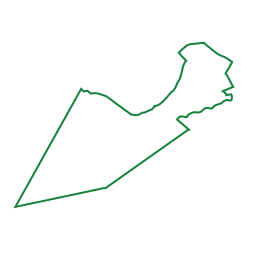 New Development, Soufrière, Saint Lucia, rotated 190°
{"feature_id": "8701671B90589302469982", "entity_name": "New Development", "entity_type": "district", "adm_level": 2, "iso_a3": "LCA", "parent_name": "Saint Lucia", "parent_adm1": "Soufrière", "projection": "natural_earth1", "projection_center": [-61.052, 13.862], "detail": "fine", "context": "isolated", "style": "outline", "palette": "green", "viewbox_px": 256, "rotation_deg": 190, "n_neighbors": 0, "source": "geoboundaries", "source_scale": "gbopen_adm2", "svg_char_len": 1572}
<svg xmlns="http://www.w3.org/2000/svg" viewBox="0 0 256 256"><g transform="rotate(190 128 128)"><path d="M139.7,64.9L68.8,136.4L67.7,136.9L81.2,144.9L79.8,147.3L77.5,148.8L75.6,148.8L72.9,148.8L71.6,149.4L71.4,150.8L70.5,152.1L68.5,153.4L65.7,155.1L61.9,155.4L61.0,155.7L59.3,156.4L57.2,159.0L56.5,159.9L55.7,160.4L54.1,161.5L50.1,161.6L49.1,161.6L48.1,162.9L45.9,165.6L44.8,166.0L44.4,166.2L43.0,167.3L40.5,168.4L38.6,170.8L37.6,171.6L35.3,172.9L34.0,172.8L32.5,172.7L32.0,172.9L31.6,173.0L30.8,174.0L31.1,176.1L31.2,177.5L32.2,179.0L32.5,179.0L33.7,178.6L34.5,178.3L36.8,177.5L36.7,178.3L37.6,178.9L41.0,180.8L38.3,182.4L36.2,183.8L35.7,184.1L32.8,186.0L31.5,186.8L33.5,189.2L35.7,192.0L39.1,196.5L40.3,197.6L41.1,198.4L41.4,198.7L39.1,204.8L38.5,206.5L36.9,211.1L37.0,211.2L37.6,211.5L39.9,212.5L42.8,213.8L45.6,214.7L46.0,214.8L48.7,215.4L49.7,215.5L53.5,216.9L60.2,220.5L66.4,224.0L66.9,224.4L67.9,225.2L68.2,225.1L76.9,222.6L81.9,221.1L84.2,219.5L84.5,219.4L87.4,215.9L87.6,215.7L89.4,213.4L90.1,212.5L91.0,210.9L87.1,207.8L85.3,206.5L84.5,205.9L82.4,204.2L83.5,202.4L84.5,198.2L84.8,192.2L84.9,189.8L85.1,188.0L85.3,186.7L85.8,184.5L87.4,180.2L87.8,178.4L87.9,177.6L88.0,176.9L89.1,174.2L90.1,172.2L91.8,170.5L95.7,163.9L98.5,159.8L101.0,156.8L105.1,154.1L105.9,154.1L106.1,153.1L107.5,150.7L114.4,146.1L116.4,145.7L119.0,143.4L122.4,141.9L126.6,141.9L127.4,141.9L143.9,150.0L154.9,155.5L156.9,155.8L162.7,156.7L165.9,156.7L170.6,155.5L174.5,157.6L178.1,156.3L180.9,158.4L225.2,30.8L140.1,65.1L139.7,64.9Z" fill="none" stroke="#15803d" stroke-width="2"/></g></svg>